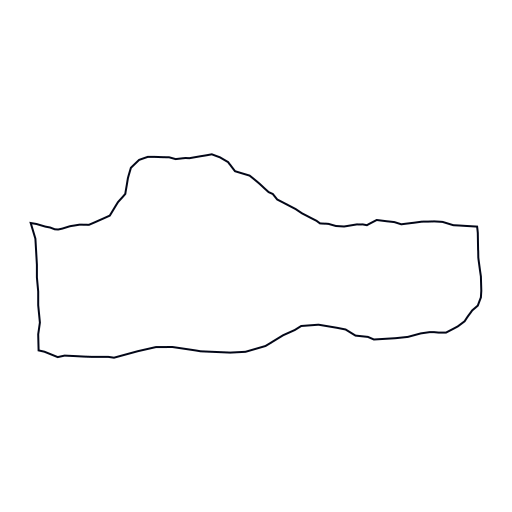 Obi, Nassarawa, Nigeria
{"feature_id": "59680162B90915593246984", "entity_name": "Obi", "entity_type": "district", "adm_level": 2, "iso_a3": "NGA", "parent_name": "Nigeria", "parent_adm1": "Nassarawa", "projection": "mercator", "projection_center": [8.77, 8.367], "detail": "fine", "context": "isolated", "style": "outline", "palette": "ink", "viewbox_px": 512, "rotation_deg": 0, "n_neighbors": 0, "source": "geoboundaries", "source_scale": "gbopen_adm2", "svg_char_len": 2352}
<svg xmlns="http://www.w3.org/2000/svg" viewBox="0 0 512 512"><path d="M433.7,332.1L438.7,332.6L446.0,332.6L453.5,328.7L457.8,326.4L459.4,325.2L464.6,321.3L467.0,317.6L468.4,315.6L470.5,312.8L472.2,310.4L476.3,306.9L477.8,305.6L479.4,301.3L480.9,297.4L481.3,290.8L481.1,283.8L480.9,276.5L480.0,270.4L478.5,259.3L478.3,257.4L478.2,251.0L478.1,249.9L477.9,238.8L477.8,233.0L477.5,229.9L477.1,226.6L470.4,226.2L465.3,225.9L459.2,225.5L453.3,225.2L442.9,222.0L442.4,221.9L441.1,221.8L437.8,221.6L434.4,221.4L430.7,221.5L427.7,221.6L423.6,221.6L421.5,221.7L418.6,222.1L413.5,222.8L411.6,223.0L408.5,223.4L405.9,223.7L401.3,224.3L394.4,222.1L391.8,221.8L390.0,221.6L387.1,221.3L383.1,220.8L376.7,220.0L369.0,224.0L366.9,225.2L362.7,224.4L359.7,224.5L356.9,224.4L352.6,225.1L349.6,225.6L346.6,226.1L344.1,226.5L335.9,226.0L330.3,224.4L328.6,223.9L326.2,223.7L323.1,223.6L320.0,223.4L316.5,220.8L310.8,217.9L306.2,215.5L302.1,213.4L297.3,210.2L295.7,209.1L293.0,207.7L281.3,201.6L277.2,199.5L272.8,194.0L268.6,192.1L264.2,188.1L262.3,186.3L259.7,183.9L258.2,182.6L253.0,178.3L249.6,175.6L240.9,173.0L235.0,171.2L231.5,166.6L230.1,164.7L229.8,164.4L229.4,163.9L228.1,162.1L223.3,159.3L219.9,157.3L216.3,156.0L211.8,154.3L209.1,154.8L207.0,155.2L204.0,155.7L200.8,156.2L193.9,157.4L189.4,158.2L187.2,158.1L185.7,158.0L182.6,158.3L175.6,159.1L169.2,157.3L163.4,157.2L160.4,157.1L158.4,157.0L155.3,156.9L153.3,156.9L150.5,156.9L147.7,156.9L143.9,158.2L139.1,159.9L134.4,164.4L130.9,167.8L128.6,175.6L127.9,178.2L126.7,185.5L125.6,191.8L125.4,193.2L125.3,193.9L122.1,197.6L119.7,200.2L118.0,202.1L116.2,205.0L112.4,211.3L109.8,215.6L102.7,218.8L98.6,220.6L94.8,222.3L89.2,224.7L89.0,224.8L82.6,224.7L79.3,224.7L74.5,225.5L71.2,226.0L70.7,226.1L69.7,226.3L62.3,228.6L58.2,229.5L54.8,229.3L50.1,227.5L45.3,226.6L36.5,224.0L30.7,223.0L35.4,238.7L36.9,264.7L36.9,277.4L38.2,291.5L38.2,305.2L39.9,322.6L38.2,334.3L38.6,350.4L44.4,351.7L57.7,357.1L64.6,355.6L75.3,356.1L84.3,356.6L92.6,356.9L108.5,356.9L109.9,357.1L114.0,357.7L137.8,351.2L155.8,347.1L172.4,347.0L190.7,349.7L196.0,350.5L200.6,351.3L230.2,352.6L245.5,351.8L265.5,346.0L283.2,335.2L294.8,330.0L301.2,326.0L305.2,325.7L318.5,324.7L337.0,327.8L345.6,329.5L355.5,335.6L367.9,336.9L373.9,339.5L395.5,338.2L407.9,336.9L420.8,333.4L429.9,332.1L433.7,332.1Z" fill="none" stroke="#020617" stroke-width="2"/></svg>